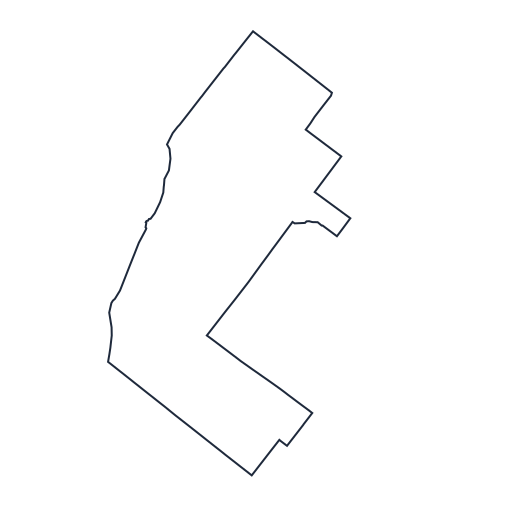 Cook, Illinois, United States of America (Mercator projection), rotated 218°
{"feature_id": "52423323B18311449553443", "entity_name": "Cook", "entity_type": "district", "adm_level": 2, "iso_a3": "USA", "parent_name": "United States of America", "parent_adm1": "Illinois", "projection": "mercator", "projection_center": [-87.813, 41.812], "detail": "fine", "context": "isolated", "style": "outline", "palette": "slate", "viewbox_px": 512, "rotation_deg": 218, "n_neighbors": 0, "source": "geoboundaries", "source_scale": "gbopen_adm2", "svg_char_len": 1781}
<svg xmlns="http://www.w3.org/2000/svg" viewBox="0 0 512 512"><g transform="rotate(218 256 256)"><path d="M115.0,166.9L118.6,166.9L134.9,166.5L136.2,166.5L145.0,166.3L148.9,166.3L154.3,166.2L166.1,165.7L188.7,164.5L203.5,163.8L206.5,163.8L226.7,163.5L238.4,163.3L245.8,163.1L245.9,190.0L245.9,195.2L245.8,207.8L245.9,230.7L246.7,253.0L247.0,264.5L247.1,267.1L247.3,272.0L247.3,272.5L247.4,277.2L248.1,303.5L248.2,305.3L245.6,305.5L237.8,312.2L237.5,314.4L235.6,316.1L232.5,317.4L228.2,320.6L223.0,320.4L222.3,321.0L213.5,321.2L204.4,321.4L204.5,329.2L204.9,343.8L249.1,342.5L249.6,364.8L250.1,387.0L287.2,386.3L294.6,386.2L294.8,393.7L295.5,401.7L295.6,416.5L295.6,428.5L296.7,431.4L330.6,431.5L347.6,431.5L347.9,431.5L376.9,431.4L377.0,431.4L384.4,431.3L396.7,431.2L396.8,421.1L396.9,404.4L397.0,400.9L396.9,385.8L397.1,383.7L397.1,373.6L397.1,367.2L397.1,353.5L397.0,348.4L397.1,347.1L397.0,326.4L397.0,318.1L397.0,312.5L397.3,309.6L397.3,301.6L394.8,289.1L390.1,287.2L383.3,280.0L377.3,269.8L375.7,261.2L375.6,260.5L375.6,260.4L373.2,256.8L371.9,254.8L371.4,253.9L368.1,248.9L364.7,239.4L362.1,227.3L362.0,220.4L363.1,219.3L362.9,217.3L363.4,216.8L363.8,216.1L363.8,215.3L363.6,214.8L363.6,214.7L363.0,214.7L362.9,214.7L361.6,212.3L360.7,210.6L359.5,210.3L359.1,209.2L358.8,207.6L356.5,194.4L354.7,188.3L353.0,182.6L352.4,180.5L349.8,171.6L342.8,148.1L341.9,145.0L340.8,135.3L341.3,132.7L341.0,129.9L336.8,121.0L325.9,110.9L320.7,104.5L314.2,93.9L311.1,88.4L307.4,81.5L283.8,81.4L273.4,81.3L258.5,81.2L240.5,81.1L239.7,81.1L236.0,81.1L221.2,80.8L213.7,80.8L206.4,80.8L169.0,80.6L164.4,80.6L157.8,80.5L139.2,80.5L124.3,80.5L124.4,112.4L124.4,125.5L122.4,125.4L114.7,125.5L114.8,152.0L114.9,152.8L114.9,153.8L115.0,166.9Z" fill="none" stroke="#1e293b" stroke-width="2"/></g></svg>